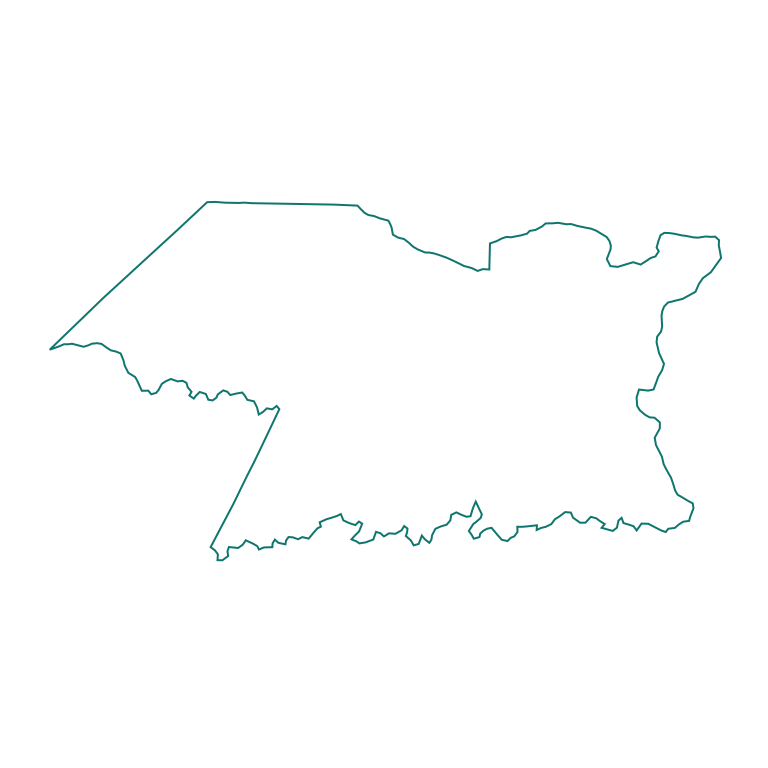 the district of Assis Chateaubriand, Paraná, Brazil, rotated 91°
{"feature_id": "56859067B81023332218751", "entity_name": "Assis Chateaubriand", "entity_type": "district", "adm_level": 2, "iso_a3": "BRA", "parent_name": "Brazil", "parent_adm1": "Paraná", "projection": "mercator", "projection_center": [-53.556, -24.444], "detail": "fine", "context": "isolated", "style": "outline", "palette": "teal", "viewbox_px": 768, "rotation_deg": 91, "n_neighbors": 0, "source": "geoboundaries", "source_scale": "gbopen_adm2", "svg_char_len": 4053}
<svg xmlns="http://www.w3.org/2000/svg" viewBox="0 0 768 768"><g transform="rotate(91 384 384)"><path d="M498.0,73.2L495.3,78.4L491.8,84.4L489.6,88.5L485.3,91.1L479.2,93.0L472.6,95.4L468.0,98.2L462.5,101.3L459.2,103.0L451.7,104.9L440.3,111.0L433.0,112.4L423.7,107.5L417.6,107.5L413.0,112.9L412.7,117.9L410.3,122.3L405.8,127.8L401.5,130.5L393.0,131.2L385.1,128.9L386.0,119.8L384.8,114.4L377.5,111.8L371.9,109.9L365.4,106.2L359.0,104.4L348.4,109.5L337.6,112.2L331.9,111.7L326.7,107.9L321.8,106.9L310.9,107.7L306.2,107.0L301.7,105.3L297.6,101.5L293.6,86.7L290.7,81.7L286.4,74.2L278.5,70.9L272.6,67.0L266.6,59.2L252.2,49.2L247.5,50.0L243.3,50.9L239.3,51.7L234.4,51.5L230.9,55.4L231.2,59.3L230.9,65.0L232.2,72.6L232.0,77.1L230.6,84.9L230.2,89.0L228.8,95.8L228.1,101.3L228.0,106.4L230.4,110.1L236.5,112.2L242.9,113.8L246.5,111.6L251.7,114.8L253.4,119.7L256.3,123.7L260.1,129.5L257.9,137.0L259.6,142.4L262.8,152.3L262.2,159.7L255.2,163.4L245.3,159.8L241.6,159.6L237.1,161.1L233.2,163.9L227.0,174.5L225.1,179.6L224.1,185.5L222.5,193.7L220.8,199.7L221.1,204.4L219.8,212.8L220.4,218.2L220.6,225.1L223.9,229.0L227.3,235.2L228.4,241.0L231.2,243.6L233.0,249.7L235.1,259.6L234.8,264.1L236.5,268.9L239.2,273.9L241.6,280.5L267.7,280.7L267.4,287.2L269.3,292.3L266.5,298.4L264.6,306.1L262.2,311.1L259.6,316.7L256.6,323.6L253.8,332.0L252.4,337.0L251.8,340.9L251.8,345.2L248.9,352.5L246.2,357.3L242.6,361.3L238.7,366.5L237.4,372.4L234.5,377.7L227.6,379.1L224.0,380.6L220.6,382.5L218.4,391.2L216.3,396.7L215.3,402.6L213.1,406.6L209.6,410.2L206.1,413.6L205.5,437.1L205.5,459.3L205.5,519.7L205.1,527.0L205.5,532.3L205.5,545.6L204.9,556.2L205.3,564.0L233.8,593.4L249.7,610.2L303.1,666.4L355.5,718.8L352.1,709.6L349.8,704.6L349.8,700.6L349.2,696.6L352.0,685.0L350.6,680.6L348.8,676.7L348.2,671.8L348.8,667.2L352.4,662.0L355.1,657.7L356.3,652.3L358.1,647.8L364.7,645.0L370.3,643.5L377.3,639.8L381.4,632.9L385.2,630.7L395.0,626.0L394.8,619.5L398.3,616.6L396.9,611.7L393.8,609.2L387.7,606.1L385.1,602.3L382.7,597.2L385.0,590.4L384.3,585.4L386.3,581.5L390.7,580.2L395.2,576.3L398.9,578.4L401.9,573.9L398.9,571.8L395.2,568.1L397.1,561.9L402.8,559.4L403.4,555.1L400.6,551.3L397.3,550.0L393.2,544.6L394.5,540.5L397.7,537.5L396.1,531.4L395.0,525.6L398.0,523.0L402.2,520.4L403.6,513.7L409.7,510.5L416.7,508.7L414.3,504.8L410.4,500.7L411.3,495.3L407.8,490.9L411.0,488.2L448.6,505.3L464.9,512.8L478.6,519.5L505.7,532.1L550.1,554.5L553.2,550.2L557.2,547.1L563.0,547.4L563.1,542.6L558.7,536.8L554.0,537.6L549.7,536.2L550.5,527.0L547.2,522.5L542.7,519.5L545.9,512.2L548.3,507.9L551.7,506.1L549.5,501.2L549.3,496.8L549.1,492.8L545.2,492.6L541.5,490.4L544.6,486.9L546.0,479.8L542.2,479.2L538.7,476.8L538.9,472.5L540.7,467.2L538.5,463.0L539.9,456.6L535.2,452.9L529.5,448.1L527.7,444.6L523.4,445.9L520.2,439.1L518.6,434.0L516.9,429.1L514.8,424.9L521.1,422.2L523.6,416.5L525.6,410.2L522.0,406.7L524.0,403.4L531.8,406.3L536.3,410.7L539.9,413.8L541.7,409.1L543.8,405.8L542.7,399.7L539.7,392.0L532.0,389.4L533.2,385.1L536.4,381.4L533.2,376.3L533.6,370.0L530.0,363.9L525.7,361.4L528.1,358.0L531.9,358.3L535.6,359.5L539.9,354.4L544.8,351.5L543.3,346.5L534.9,343.5L538.5,340.5L542.0,335.9L538.9,333.9L534.4,333.3L527.9,330.1L525.4,324.7L523.6,318.9L519.2,315.3L513.7,314.5L511.1,309.4L513.2,304.9L515.3,299.2L514.7,295.2L506.8,293.0L500.0,290.2L507.9,286.3L512.6,283.9L516.1,284.9L519.8,288.9L522.5,292.3L529.5,296.6L533.0,293.9L537.1,291.5L535.4,285.9L531.9,285.2L528.9,282.0L526.9,278.4L525.9,274.0L532.8,268.0L537.7,263.5L538.9,257.8L535.6,254.6L534.0,251.0L529.5,247.9L524.4,248.2L524.4,243.6L523.8,237.8L522.6,228.6L527.3,228.8L525.2,224.5L524.0,219.9L521.2,214.3L516.2,210.7L513.3,206.2L508.9,200.6L509.3,194.9L514.3,192.7L519.3,185.5L519.1,180.1L513.2,174.9L514.6,169.3L516.9,166.3L520.2,160.9L524.0,163.9L526.9,152.7L523.6,148.6L516.5,147.2L513.7,144.1L518.9,142.1L520.1,137.6L521.8,132.1L526.0,128.8L519.1,124.1L519.1,117.5L525.6,104.3L527.1,99.7L523.8,97.3L522.8,90.7L519.2,86.6L516.5,82.5L515.5,76.5L512.0,75.7L502.8,72.4L498.0,73.2Z" fill="none" stroke="#0f766e" stroke-width="2"/></g></svg>